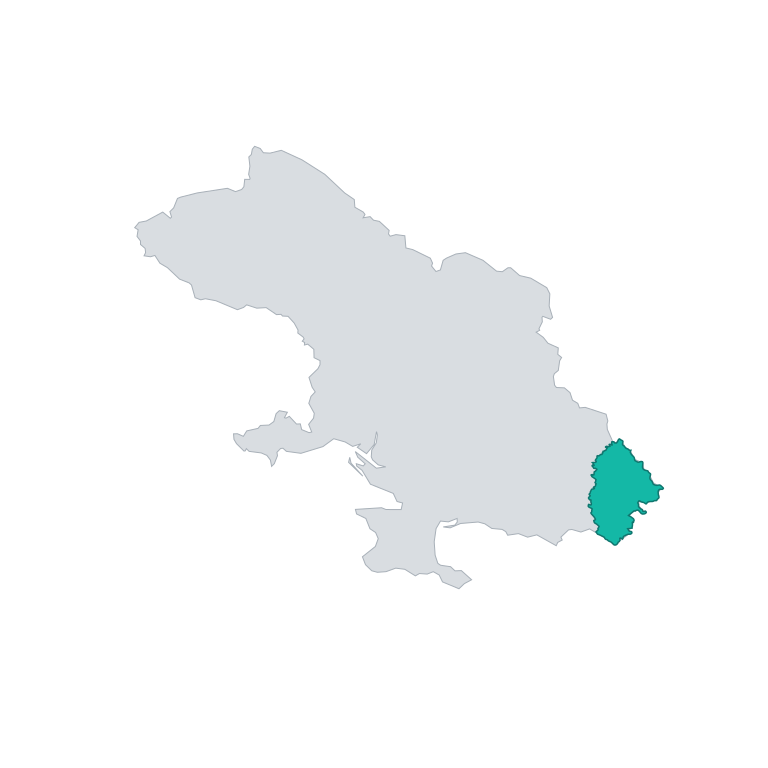 Luhans'k highlighted on a map of Ukraine, rotated 31°
{"feature_id": "UKR-329", "entity_name": "Luhans'k", "entity_type": "Region", "adm_level": 1, "iso_a3": "UKR", "parent_name": "Ukraine", "parent_adm1": "", "projection": "equal_earth", "projection_center": [38.683, 48.937], "detail": "fine", "context": "in_parent", "style": "filled", "palette": "teal", "viewbox_px": 768, "rotation_deg": 31, "n_neighbors": 0, "source": "natural_earth", "source_scale": "10m", "svg_char_len": 9480}
<svg xmlns="http://www.w3.org/2000/svg" viewBox="0 0 768 768"><g transform="rotate(31 384 384)"><path d="M508.3,493.4L516.0,504.4L522.5,510.0L525.9,510.2L535.2,506.3L541.1,507.6L546.4,504.1L559.9,506.7L555.7,513.7L553.7,520.9L536.1,523.5L529.7,519.3L522.9,519.5L518.9,524.7L512.0,528.2L509.7,532.3L497.3,532.1L488.9,535.8L482.4,543.8L475.3,548.8L469.7,550.4L461.2,548.4L454.5,543.2L460.3,527.7L458.7,519.5L453.3,515.6L446.5,515.3L437.7,508.6L427.4,509.5L424.1,506.2L445.7,491.3L450.3,490.6L463.4,482.8L461.2,476.4L455.7,478.0L448.3,473.0L424.0,476.9L409.7,469.3L402.9,468.4L401.3,466.6L408.4,464.9L409.0,462.1L399.3,460.3L394.2,456.7L420.8,460.1L428.2,454.1L420.7,456.3L413.3,454.9L410.6,453.0L407.5,446.9L407.7,438.5L404.6,431.1L402.1,428.7L406.7,440.9L404.9,452.7L393.7,452.0L394.9,447.2L389.3,453.6L380.5,453.7L369.1,456.8L363.9,469.1L348.5,486.2L335.0,492.0L330.5,491.1L328.6,492.5L327.4,497.7L329.6,500.3L331.0,508.8L330.1,512.5L325.8,507.7L320.4,505.5L314.3,506.3L303.1,511.2L299.3,510.3L299.5,512.8L298.5,513.6L288.3,511.1L283.9,508.7L280.7,504.2L284.1,502.1L290.4,501.3L290.5,494.9L298.9,486.9L299.4,483.2L306.6,478.4L308.9,472.9L306.8,465.0L308.0,460.8L315.7,458.0L316.0,464.2L317.6,463.7L319.5,460.5L329.6,463.4L332.8,461.3L336.9,465.5L344.8,464.3L346.8,462.4L340.2,457.4L341.2,449.5L339.3,445.0L329.5,439.3L327.8,432.3L329.1,426.2L324.1,423.8L316.3,417.0L319.5,404.9L319.2,400.4L317.1,396.9L310.5,397.5L306.0,390.4L298.1,389.1L295.7,391.6L294.6,389.3L291.9,389.4L292.3,386.5L290.5,385.4L283.9,384.7L282.5,382.0L275.6,378.0L266.9,375.4L262.0,378.0L259.9,377.3L256.1,379.9L243.7,379.2L235.9,384.5L225.5,386.9L224.2,390.7L220.1,395.8L197.0,399.2L187.0,402.9L183.6,406.2L177.6,407.3L168.0,398.3L164.9,397.7L154.8,399.4L138.4,395.8L129.8,395.9L121.4,391.8L118.3,395.2L112.3,397.7L112.0,394.2L109.4,390.8L103.4,389.8L101.6,386.8L96.3,384.7L93.8,378.4L89.8,378.4L90.8,371.6L96.3,366.7L105.8,350.6L115.5,352.0L115.9,350.3L111.7,346.5L113.0,341.4L111.4,331.3L113.5,328.5L125.4,316.5L149.0,296.9L157.6,295.6L161.8,290.6L162.3,287.1L159.2,280.3L163.5,277.8L163.3,276.7L160.0,274.0L156.9,266.4L151.2,259.0L152.1,255.6L150.2,250.6L150.7,246.9L156.6,245.9L161.5,247.9L167.4,244.8L175.6,236.6L198.2,234.1L225.4,234.8L251.9,240.5L263.5,241.2L268.0,247.5L277.7,247.3L280.4,248.5L280.5,252.3L285.9,247.7L290.6,249.0L296.3,247.0L309.3,249.7L310.6,253.1L313.2,254.1L317.3,249.8L325.5,246.2L332.7,256.1L339.4,254.0L358.9,252.3L363.4,255.4L364.0,258.4L370.6,260.8L373.6,257.2L371.0,247.5L372.8,243.8L378.7,235.5L386.2,229.5L405.1,227.0L422.4,229.3L427.6,226.8L430.4,220.5L432.7,219.1L444.4,221.2L455.3,217.7L473.9,217.6L479.7,221.3L485.4,232.1L494.2,240.1L493.5,242.7L485.3,244.2L485.1,245.5L487.7,249.2L488.4,256.9L489.8,257.8L487.7,261.2L496.5,262.0L503.5,264.6L514.8,263.3L517.7,269.1L522.6,269.8L522.6,273.6L526.4,282.6L524.7,287.4L525.3,290.3L530.9,297.2L533.6,298.2L540.6,294.4L547.9,295.6L553.9,300.8L560.1,300.8L563.9,303.8L568.5,300.4L589.9,295.5L594.9,300.4L595.7,303.5L598.8,307.9L609.8,315.6L613.1,314.8L614.1,311.3L616.7,310.2L622.9,313.8L629.2,314.3L638.0,319.5L646.2,318.3L650.4,322.9L655.6,323.5L665.9,330.0L675.6,329.8L674.9,335.8L677.1,338.3L676.6,343.2L669.6,351.0L663.0,353.3L665.2,357.2L672.9,359.8L673.3,361.0L666.5,361.6L663.6,364.5L661.7,370.7L668.0,372.7L669.8,380.3L668.4,382.7L672.0,384.2L664.9,402.0L634.9,402.3L629.0,409.5L620.0,411.9L617.3,414.0L614.5,424.1L617.1,426.0L614.5,430.3L614.9,433.9L592.7,434.6L586.0,441.3L576.3,443.0L567.9,449.9L564.4,447.8L560.1,447.8L550.8,452.3L542.4,451.9L535.8,453.8L521.5,464.1L514.8,473.2L508.4,476.0L517.4,468.5L517.9,464.6L515.9,461.6L510.2,469.0L503.0,472.4L503.1,481.1L508.3,493.4ZM413.3,473.9L394.0,469.4L392.4,464.5L396.5,468.8L413.3,473.9Z" fill="#d9dde1" stroke="#a8b0b8" stroke-width="1"/><path d="M614.5,309.8L616.5,309.9L617.4,309.8L618.0,309.9L618.5,310.3L619.4,312.7L619.8,313.1L620.5,313.4L621.9,313.5L622.4,313.7L623.2,314.1L624.4,314.5L626.7,314.1L628.3,314.4L628.6,314.3L628.9,314.1L629.7,313.9L629.8,313.8L630.0,314.7L630.1,315.3L630.3,315.7L630.5,315.9L632.4,317.0L635.8,317.9L636.9,318.7L637.7,319.7L638.6,320.4L641.6,320.3L642.2,320.1L642.8,319.7L643.8,318.4L644.4,317.9L645.6,317.5L646.5,318.2L648.3,322.0L649.0,322.8L650.0,323.4L651.2,323.6L652.5,323.4L653.7,322.9L654.9,322.6L656.1,323.3L656.7,323.5L658.6,323.7L659.0,324.1L659.4,325.1L659.9,326.8L660.8,328.2L661.7,328.8L662.9,329.1L664.2,329.6L665.9,330.9L666.6,331.2L667.4,331.2L668.4,331.0L669.4,330.7L670.2,330.3L672.1,328.7L672.9,328.5L673.5,328.5L676.7,329.2L677.2,329.6L677.1,330.5L676.6,331.1L675.3,331.7L674.7,332.1L674.1,333.5L674.3,334.8L675.0,336.0L676.3,337.7L677.8,339.1L678.2,339.8L678.2,340.5L677.7,341.9L677.7,343.4L677.4,343.8L676.7,344.2L676.0,344.6L675.0,346.1L674.4,346.6L672.5,347.8L671.6,348.5L670.9,349.5L670.7,350.0L670.7,351.2L670.5,351.7L670.1,351.9L669.6,351.9L668.7,351.8L667.7,351.8L665.0,352.6L663.4,352.5L662.8,352.8L662.6,354.9L663.0,355.4L663.7,355.8L664.3,356.3L664.7,357.0L665.0,357.6L665.4,358.0L666.1,358.3L668.7,358.8L669.8,358.6L670.2,358.7L670.6,358.9L671.2,359.6L671.6,359.8L672.3,359.4L672.9,358.8L673.5,358.3L674.3,358.4L675.0,359.1L674.9,359.9L674.5,360.7L673.9,361.4L672.4,362.4L671.1,362.5L667.5,361.3L666.8,361.3L666.1,361.6L665.4,362.3L665.1,362.7L664.9,363.2L664.7,363.6L663.9,363.8L663.6,364.2L661.6,369.8L661.3,370.8L662.6,370.8L663.2,370.6L667.1,371.0L667.9,371.4L668.6,372.1L668.8,373.2L668.9,373.5L669.1,374.1L668.9,374.4L668.6,374.5L668.3,374.5L668.2,374.5L668.3,375.2L668.6,375.5L668.9,375.7L670.0,377.7L670.3,378.7L670.6,379.3L670.9,379.7L670.2,380.3L669.6,380.9L667.4,382.5L669.6,383.7L670.3,383.7L672.0,383.1L672.7,383.3L673.2,384.0L673.1,384.8L672.7,385.6L672.1,386.1L670.6,387.1L670.0,387.8L668.3,390.4L667.9,391.2L667.9,392.2L668.4,393.5L668.3,393.9L668.3,394.0L668.0,393.9L666.2,394.2L665.9,394.4L665.6,394.8L665.7,395.0L666.0,395.3L666.3,395.7L666.8,396.7L666.8,397.1L666.8,397.7L666.7,398.1L666.3,398.7L666.2,399.1L666.2,399.4L666.4,400.0L666.2,401.4L665.7,402.5L664.8,403.2L663.7,403.4L660.5,402.6L659.5,402.6L657.5,402.9L656.5,402.8L655.7,402.5L654.3,402.9L653.6,402.9L653.0,402.7L651.9,402.0L651.2,401.9L646.4,402.3L645.1,402.6L644.5,402.7L643.8,402.5L642.0,401.5L641.9,401.5L642.0,401.1L642.6,398.9L642.5,398.3L642.1,398.0L641.9,397.9L641.8,397.6L641.8,397.2L641.8,395.8L641.8,395.4L641.6,395.2L638.6,394.6L636.2,394.6L635.9,394.5L635.5,394.3L634.7,393.6L634.4,393.3L634.2,393.1L634.3,392.7L634.5,392.3L634.8,391.9L634.9,391.7L634.9,391.1L634.8,390.9L634.6,390.8L632.7,389.8L628.6,388.5L627.9,388.1L627.8,387.9L627.7,387.8L627.9,386.8L627.8,386.5L627.3,385.5L627.1,385.1L627.0,384.7L626.9,384.3L626.7,383.9L626.4,383.7L623.1,384.0L622.6,383.9L622.2,383.7L621.9,383.5L621.7,382.9L621.4,382.1L621.4,381.8L621.5,381.7L623.2,381.4L623.4,381.3L623.7,381.1L623.8,380.9L623.8,380.6L623.7,380.4L623.3,379.7L623.0,379.3L622.3,378.8L622.0,378.5L621.8,378.0L621.7,377.7L621.3,377.1L621.1,376.9L620.9,376.8L620.4,377.3L620.1,377.3L619.9,377.3L619.5,377.1L618.9,377.0L618.6,376.9L618.2,376.6L618.0,376.4L617.9,376.2L617.9,375.9L617.9,375.6L618.0,375.1L618.3,374.3L618.3,374.0L618.3,373.6L618.2,373.5L618.0,373.4L617.5,373.3L617.1,373.2L616.8,373.0L616.6,372.8L616.6,372.6L616.6,372.3L616.9,371.6L616.9,371.4L616.8,371.1L616.4,370.1L616.4,369.4L616.3,368.7L616.2,367.5L616.3,367.2L616.6,366.8L617.4,366.3L617.9,365.7L618.1,365.3L618.1,365.1L618.0,364.9L617.9,364.9L617.0,365.0L616.9,365.0L616.8,364.8L616.8,364.4L616.9,364.1L617.6,363.2L617.7,362.9L617.8,362.7L617.7,362.4L617.6,361.9L617.3,361.5L617.2,361.2L617.3,360.8L617.3,360.5L617.2,360.3L617.1,360.2L616.0,360.0L615.8,359.8L615.6,359.7L615.6,358.9L615.6,358.6L615.5,358.2L615.1,357.3L615.0,356.8L613.7,356.5L610.0,356.3L609.8,356.2L609.6,356.1L609.3,355.8L609.1,355.7L608.5,355.5L608.4,355.4L608.6,354.9L608.8,354.7L609.3,354.7L609.5,354.7L609.6,354.3L609.6,354.2L610.3,354.1L610.5,354.0L610.7,353.7L609.7,351.6L609.5,351.1L609.5,350.7L610.0,350.2L610.2,349.9L610.2,349.7L610.2,349.1L610.2,348.8L610.5,347.7L610.3,347.4L610.2,347.4L608.8,347.3L608.6,347.4L607.6,348.1L607.2,348.2L606.2,347.6L604.8,347.2L604.5,347.0L604.4,346.8L604.4,346.6L604.7,346.0L604.7,345.9L604.9,345.8L605.8,345.8L605.9,345.7L606.0,345.6L606.0,345.4L605.9,345.3L605.7,345.2L605.1,345.1L604.8,345.0L604.3,344.5L603.9,344.2L603.6,344.1L603.2,344.0L604.0,343.4L604.9,342.9L605.3,342.5L605.8,341.9L605.9,341.6L605.9,341.4L605.9,341.2L605.7,341.0L605.6,340.9L605.2,340.8L604.6,340.7L604.4,340.3L604.4,339.8L604.6,337.7L604.3,336.9L603.8,336.3L603.7,336.1L603.8,335.8L604.2,335.3L604.5,335.2L605.0,335.1L605.3,334.8L605.5,334.4L605.7,333.7L605.8,333.1L605.9,332.9L606.1,332.8L606.7,332.4L606.9,332.3L607.1,332.1L607.1,331.9L607.0,331.6L606.7,330.8L606.7,330.6L607.0,330.4L607.1,330.2L606.7,329.7L606.5,329.2L606.5,328.9L606.5,328.7L606.9,328.5L607.1,328.4L607.2,328.2L607.5,327.5L607.6,327.3L608.0,326.9L608.2,326.7L608.3,326.3L608.3,326.0L608.2,325.5L608.3,324.3L608.3,324.2L608.2,324.0L608.0,323.8L607.9,323.8L607.7,323.8L606.7,324.1L606.4,324.0L606.3,323.7L606.4,323.4L606.8,322.9L607.1,322.6L607.3,322.5L608.2,322.6L608.4,322.6L608.7,322.0L608.9,321.7L609.0,321.6L609.5,321.4L609.7,321.2L609.8,321.1L609.7,320.9L608.3,320.1L608.2,319.8L608.3,319.6L608.5,319.5L609.0,319.2L609.7,319.1L610.6,319.0L610.7,318.9L610.9,318.8L610.9,318.7L610.1,318.1L609.7,317.7L609.2,316.7L609.1,316.1L610.5,315.3L610.9,315.2L611.2,315.3L611.8,315.6L612.2,315.7L613.7,314.8L613.9,313.0L613.6,311.1L613.9,309.9L614.5,309.8Z" fill="#14b8a6" stroke="#0f766e" stroke-width="1.5"/></g></svg>